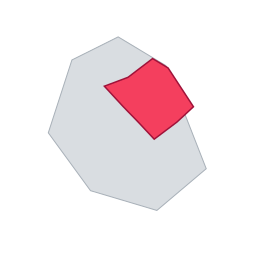 Anibare on a map of Nauru (Mercator projection), rotated 309°
{"feature_id": "NRU-4981", "entity_name": "Anibare", "entity_type": "state/province", "adm_level": 1, "iso_a3": "NRU", "parent_name": "Nauru", "parent_adm1": "", "projection": "mercator", "projection_center": [166.944, -0.519], "detail": "fine", "context": "in_parent", "style": "filled", "palette": "rose", "viewbox_px": 256, "rotation_deg": 309, "n_neighbors": 0, "source": "natural_earth", "source_scale": "10m", "svg_char_len": 489}
<svg xmlns="http://www.w3.org/2000/svg" viewBox="0 0 256 256"><g transform="rotate(309 128 128)"><path d="M200.3,118.2L145.6,214.4L82.1,202.3L55.7,138.3L74.1,69.1L145.6,41.6L192.6,63.0L200.3,118.2Z" fill="#d9dde1" stroke="#a8b0b8" stroke-width="1"/><path d="M197.4,103.4L199.9,121.3L185.7,165.5L163.4,162.3L135.8,155.4L137.6,142.4L138.7,134.7L139.5,128.4L140.7,118.0L141.7,110.0L143.0,101.1L145.6,83.3L167.4,96.1L197.4,103.4Z" fill="#f43f5e" stroke="#9f1239" stroke-width="1.5"/></g></svg>